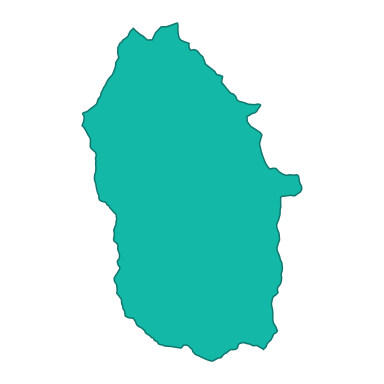 Doteng, Paro, Bhutan
{"feature_id": "84629894B41574505265269", "entity_name": "Doteng", "entity_type": "district", "adm_level": 2, "iso_a3": "BTN", "parent_name": "Bhutan", "parent_adm1": "Paro", "projection": "robinson", "projection_center": [89.408, 27.558], "detail": "fine", "context": "isolated", "style": "filled", "palette": "teal", "viewbox_px": 384, "rotation_deg": 0, "n_neighbors": 0, "source": "geoboundaries", "source_scale": "gbopen_adm2", "svg_char_len": 5950}
<svg xmlns="http://www.w3.org/2000/svg" viewBox="0 0 384 384"><path d="M263.5,349.5L264.3,348.4L265.1,347.8L265.9,347.1L266.2,346.3L266.6,345.1L267.2,343.8L267.9,342.9L268.9,341.8L270.5,340.4L271.2,339.5L272.4,337.1L273.6,334.3L274.0,333.8L275.4,333.1L276.2,332.6L276.7,331.9L277.0,331.5L277.4,330.9L277.2,330.2L276.5,328.8L276.4,328.2L275.7,326.7L275.4,326.2L273.9,323.7L273.2,322.3L272.9,320.1L272.7,316.5L272.9,313.7L272.6,310.4L272.4,308.9L271.8,306.4L271.4,304.0L271.6,302.5L272.6,298.3L273.0,297.3L273.5,296.3L275.2,295.5L277.2,293.5L278.0,292.5L277.4,290.4L277.6,287.6L279.3,285.4L280.3,284.1L281.2,281.4L281.6,278.6L281.4,276.2L281.2,273.9L282.1,270.7L282.4,267.9L281.8,262.7L280.2,259.4L279.6,256.4L277.1,250.4L277.0,247.7L278.2,243.4L279.5,240.2L279.5,238.8L279.0,233.3L277.7,230.1L276.8,227.7L276.7,224.2L278.5,220.0L280.0,214.7L280.2,209.2L280.8,207.2L280.6,200.9L280.7,197.2L282.9,195.9L284.3,196.2L286.4,195.8L290.9,195.3L293.0,195.7L294.9,195.8L297.2,194.0L300.3,192.0L301.8,189.1L301.4,185.7L300.3,184.1L299.2,180.6L298.8,177.2L297.9,175.2L296.5,174.8L293.4,175.2L290.1,174.8L289.1,174.8L287.4,175.2L285.9,175.3L282.6,174.0L279.0,171.7L275.9,168.4L272.9,168.3L269.9,168.9L269.0,168.2L267.8,166.8L265.7,163.6L263.9,159.3L262.6,155.8L261.2,151.5L259.5,144.0L260.6,139.2L261.9,134.9L260.3,132.6L255.1,129.1L250.8,126.5L247.8,122.4L247.2,121.6L247.1,118.1L246.6,117.1L248.1,115.8L249.8,115.1L250.8,114.3L252.8,113.3L253.9,113.1L255.2,112.6L256.6,111.4L257.9,109.3L260.6,105.4L260.5,104.9L259.3,104.2L257.6,104.1L255.1,104.6L252.9,104.6L250.2,104.3L248.5,104.3L244.0,102.6L241.4,101.9L239.3,101.4L237.5,100.4L236.7,99.3L236.3,98.1L235.5,96.3L234.3,95.0L233.1,93.9L231.4,93.5L229.9,92.4L227.3,89.4L224.1,85.4L222.5,83.4L221.4,82.2L221.8,80.8L222.6,76.4L219.8,75.2L216.8,74.6L215.9,73.4L214.8,71.5L213.4,70.3L205.5,64.2L204.6,61.4L202.6,56.5L200.6,55.0L198.0,51.8L196.6,50.4L193.9,49.6L190.8,50.3L189.6,48.6L188.8,46.3L189.1,43.4L184.6,41.8L181.4,40.5L180.1,39.3L178.9,37.3L178.0,32.2L177.9,29.3L178.0,26.1L177.6,23.3L177.1,23.0L171.1,25.2L166.7,26.7L161.1,26.9L155.6,32.7L152.2,39.9L147.3,40.0L142.8,35.9L140.4,34.7L135.5,30.6L133.4,28.3L132.5,29.2L132.1,29.7L130.6,30.9L130.2,31.4L129.4,33.1L128.7,34.3L128.1,36.1L127.7,36.6L126.6,37.4L124.6,39.0L123.0,39.9L122.6,40.5L122.0,41.6L121.6,42.2L120.0,43.2L119.6,43.7L119.2,45.0L118.9,45.6L118.0,47.3L117.8,47.9L117.9,49.2L117.8,51.9L117.7,52.5L117.8,53.1L118.0,54.4L118.4,56.4L118.9,57.6L118.7,58.2L118.2,58.6L117.8,59.2L116.8,60.9L116.1,62.0L115.8,62.6L115.7,63.2L115.6,65.2L115.4,66.5L115.1,67.8L114.9,68.4L112.8,73.9L112.5,74.5L111.7,75.5L109.2,78.3L108.4,79.2L107.4,80.9L105.1,85.6L103.6,87.7L102.7,90.1L101.3,92.4L101.1,93.0L100.8,94.9L100.6,95.6L100.4,96.2L100.1,96.7L98.8,98.2L98.1,99.3L97.8,99.9L97.7,100.5L97.2,102.4L96.7,103.6L96.3,104.2L95.4,105.1L89.8,109.3L88.8,110.2L87.3,111.4L86.7,111.7L84.4,112.4L83.1,113.0L82.7,113.4L82.7,114.0L83.6,115.5L83.9,116.1L84.1,116.7L84.1,117.4L84.1,118.1L84.0,119.4L83.5,122.0L83.3,122.6L82.2,125.1L82.2,125.9L83.2,126.7L83.6,127.1L84.7,128.7L87.0,132.7L87.8,134.4L88.1,135.0L89.6,137.2L90.2,138.3L90.3,139.0L90.5,140.3L90.4,142.9L90.2,146.2L90.3,146.9L90.5,147.4L91.3,148.5L92.2,149.5L95.1,152.0L95.6,152.4L95.8,153.0L96.0,154.3L96.3,155.6L95.7,157.5L95.5,158.1L95.6,159.4L95.7,160.1L95.9,160.7L95.9,161.3L95.7,162.0L95.7,162.6L95.7,164.6L95.9,167.2L95.9,169.2L95.7,171.2L95.5,172.5L95.3,173.1L94.8,174.3L94.7,175.0L94.4,178.3L94.4,178.9L94.7,180.2L95.8,184.0L96.3,187.2L97.3,191.7L97.7,193.0L97.9,193.6L98.6,194.7L98.8,195.3L98.9,196.0L98.9,198.0L99.0,198.6L99.2,199.3L99.5,199.9L100.0,200.3L100.5,200.6L101.6,201.2L103.5,201.8L104.0,201.9L104.6,201.9L105.2,202.0L105.7,202.6L106.2,202.9L107.0,204.7L107.5,205.1L108.6,205.7L109.1,206.2L109.6,207.4L110.0,207.9L113.7,212.1L114.6,213.0L115.6,213.8L116.0,214.3L116.3,214.9L116.4,215.5L116.3,216.8L116.4,217.5L116.8,218.7L116.8,219.3L116.3,220.6L116.1,221.2L116.0,222.5L116.0,223.9L115.9,224.5L114.2,228.7L113.8,230.0L113.8,230.7L114.2,232.6L114.3,233.9L114.3,234.6L114.1,236.5L113.7,238.5L113.6,239.1L113.6,239.8L113.8,240.4L114.1,241.0L115.0,241.9L116.5,243.1L116.9,243.6L117.7,244.7L117.9,245.3L118.0,245.9L117.8,247.3L117.8,249.2L117.9,249.9L118.9,252.3L119.3,253.6L119.5,254.9L119.5,256.2L119.4,257.5L119.1,258.8L118.7,259.3L117.8,260.2L117.5,260.8L117.4,261.5L117.4,262.1L117.6,263.4L118.0,264.7L118.3,265.3L119.1,266.3L119.4,266.8L119.7,267.5L119.8,268.1L119.7,268.8L119.4,269.3L118.5,271.1L114.3,277.7L114.2,278.3L114.3,280.3L114.4,280.9L114.6,281.5L115.7,283.1L116.4,284.3L116.6,284.9L116.7,285.5L117.0,288.1L117.1,290.1L117.1,291.4L117.0,292.1L116.8,292.7L116.8,293.3L119.0,296.0L121.0,298.7L121.3,299.4L121.5,300.3L121.6,302.3L121.6,303.0L121.9,304.1L122.8,306.6L123.0,308.4L123.3,309.4L123.7,309.7L124.1,310.2L124.7,311.7L124.9,313.1L125.0,314.3L125.2,315.9L128.0,317.6L130.7,318.0L132.3,318.1L133.5,318.5L134.0,319.2L134.3,319.9L135.3,321.3L135.7,322.1L136.6,324.5L137.6,325.6L138.3,326.3L141.4,327.8L142.5,328.7L143.9,329.9L144.4,330.5L145.8,333.1L147.4,334.2L149.1,335.2L149.8,335.6L150.8,336.7L151.2,337.3L151.7,337.6L152.6,337.7L153.5,338.3L153.9,339.4L154.1,340.0L154.6,340.4L157.1,341.7L158.6,343.8L159.4,344.4L160.2,344.6L162.2,344.9L163.3,345.3L163.8,345.6L164.5,345.9L165.1,346.0L171.3,346.5L180.9,348.1L182.3,346.8L183.6,345.1L186.7,345.1L188.9,346.1L190.1,347.7L192.2,349.5L193.0,351.9L194.3,353.1L195.0,354.2L198.5,355.7L203.3,358.0L206.6,359.5L208.1,360.0L209.7,360.6L211.8,361.0L212.7,361.0L218.2,358.1L221.1,357.6L223.4,354.7L225.1,353.3L225.6,353.3L226.2,353.1L229.3,350.5L230.9,349.6L231.6,349.5L232.9,349.7L234.3,349.6L236.0,349.1L236.7,348.7L237.1,348.3L237.4,347.7L238.0,346.1L238.2,345.0L238.5,344.4L238.8,344.0L240.5,343.2L241.6,342.9L242.6,342.7L244.0,342.7L245.0,342.9L245.9,343.3L247.0,343.6L248.3,343.8L250.3,344.3L252.4,345.5L253.3,345.7L256.7,345.5L257.5,345.7L258.6,346.5L262.6,348.7L263.5,349.5Z" fill="#14b8a6" stroke="#0f766e" stroke-width="1.5"/></svg>